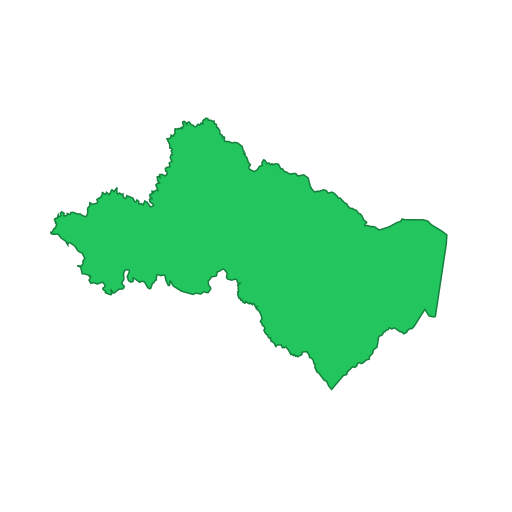 the district of Kedougou, Kédougou, Senegal, rotated 342°
{"feature_id": "50182788B85082652306110", "entity_name": "Kedougou", "entity_type": "district", "adm_level": 2, "iso_a3": "SEN", "parent_name": "Senegal", "parent_adm1": "Kédougou", "projection": "equal_earth", "projection_center": [-12.631, 12.759], "detail": "fine", "context": "isolated", "style": "filled", "palette": "green", "viewbox_px": 512, "rotation_deg": 342, "n_neighbors": 0, "source": "geoboundaries", "source_scale": "gbopen_adm2", "svg_char_len": 6115}
<svg xmlns="http://www.w3.org/2000/svg" viewBox="0 0 512 512"><g transform="rotate(342 256 256)"><path d="M252.6,110.3L250.5,109.4L249.3,110.7L248.5,110.2L246.9,111.4L246.6,113.9L245.6,113.8L244.9,112.5L242.9,114.1L241.6,112.7L239.0,114.5L237.2,113.8L236.7,112.4L234.9,111.0L233.9,107.9L231.8,107.9L230.8,109.4L230.0,106.5L229.3,105.7L227.9,105.7L227.3,106.9L227.4,109.9L226.4,110.7L224.7,110.7L225.0,111.9L221.3,110.7L220.2,111.0L218.5,110.0L217.5,111.6L216.9,114.7L215.2,115.2L214.0,116.5L212.6,114.8L211.6,116.9L210.3,117.6L207.6,116.9L208.4,123.7L207.4,126.7L209.3,128.0L209.0,129.1L207.8,129.7L208.1,133.2L207.6,133.9L206.7,133.4L204.8,135.8L205.2,140.1L202.3,140.6L201.6,144.6L198.5,144.2L196.8,144.7L196.4,147.4L197.4,148.6L196.9,150.5L195.4,151.4L194.3,151.8L192.2,149.6L189.8,148.8L189.3,149.0L188.9,151.8L187.9,150.4L186.6,150.1L185.7,153.8L187.1,157.6L186.4,156.7L184.9,156.4L182.7,157.5L183.0,163.4L181.9,162.6L179.0,163.2L177.1,162.2L176.9,163.1L177.7,164.4L174.5,164.6L173.6,165.4L173.7,167.0L175.3,169.9L173.6,168.1L172.9,169.2L172.1,169.3L171.9,171.9L174.5,175.3L173.5,176.7L170.7,176.7L169.0,171.3L167.2,169.3L164.6,172.5L163.7,171.9L163.3,170.7L160.5,170.3L161.4,167.8L160.1,165.9L158.6,167.5L157.4,166.8L156.8,162.9L151.8,158.7L150.0,161.0L148.5,160.4L148.1,158.0L148.6,155.8L147.4,156.2L145.6,153.9L143.7,154.4L143.3,153.5L143.9,150.2L144.8,149.0L144.6,148.3L140.9,150.9L139.6,148.6L138.9,148.7L135.6,152.4L133.4,149.2L132.4,150.6L131.2,150.5L129.7,148.1L129.3,148.3L129.1,149.7L126.3,152.2L122.4,152.9L122.0,153.4L122.3,155.2L121.3,156.7L116.5,156.3L114.5,154.0L113.4,156.9L110.9,158.3L109.9,160.3L109.8,161.8L108.0,164.9L106.1,166.0L103.1,163.6L102.1,161.9L98.4,160.4L96.0,158.1L93.4,157.4L92.0,159.1L89.6,157.2L88.7,159.0L85.9,158.7L85.7,158.1L86.7,156.2L84.9,153.9L83.2,154.7L83.0,157.2L82.2,157.7L80.8,157.5L80.7,155.6L78.7,158.6L77.2,158.2L75.6,158.9L76.1,159.7L75.5,160.9L76.2,162.2L75.5,163.1L76.2,164.1L75.3,165.7L73.5,167.5L72.4,167.5L69.4,170.4L68.2,170.0L68.0,171.1L69.0,172.4L74.5,174.0L76.2,178.6L79.4,182.9L80.5,187.5L81.4,185.3L83.2,185.9L86.7,190.4L88.2,196.0L89.8,198.1L91.5,199.3L92.5,205.2L89.9,207.3L89.0,210.0L86.7,211.5L82.9,210.0L85.8,212.4L85.2,219.2L87.5,220.0L92.0,223.4L92.2,224.6L91.8,224.5L92.2,225.0L89.7,227.4L90.5,231.0L93.3,231.1L96.2,233.5L102.0,233.5L103.2,236.4L103.2,238.2L100.3,239.4L100.2,240.6L102.1,243.1L101.4,244.1L101.7,244.7L105.0,247.4L106.3,248.0L107.5,247.1L107.4,242.5L108.2,245.4L109.6,247.4L115.2,245.3L119.0,246.1L120.3,245.6L121.3,244.1L120.2,241.8L120.1,239.9L123.0,237.6L124.7,231.5L127.0,228.9L130.4,229.7L131.0,230.6L130.4,232.2L127.1,235.9L127.2,240.2L128.9,242.2L131.0,242.2L131.9,240.9L132.0,239.0L133.5,239.9L137.3,245.2L139.3,244.6L141.9,246.1L143.3,252.7L144.9,254.4L146.0,254.1L149.0,250.1L150.4,249.9L152.3,248.2L154.0,247.9L154.0,247.0L155.9,243.3L156.8,243.1L158.9,245.1L162.7,245.6L163.4,246.9L162.8,251.2L163.5,256.8L164.4,257.3L165.1,256.7L166.4,253.4L167.0,253.8L168.1,259.0L174.2,266.4L184.2,273.1L187.5,272.8L191.7,275.1L195.6,273.8L197.7,275.6L199.2,276.0L202.9,273.3L203.0,272.1L201.9,268.8L202.8,265.0L204.9,264.1L207.1,262.1L211.8,262.8L212.7,262.0L214.1,259.2L217.0,259.1L220.3,258.1L221.6,258.9L223.3,263.4L221.3,267.2L221.9,269.2L225.5,271.5L229.4,271.6L230.4,272.7L230.2,275.0L231.1,276.9L232.5,277.1L231.8,277.6L230.3,277.2L229.5,277.9L229.7,279.9L228.8,281.8L228.8,283.6L228.6,284.2L227.5,284.4L227.2,286.6L226.7,286.9L226.7,290.7L228.2,291.5L227.7,292.5L228.0,293.5L229.0,293.4L229.1,295.5L230.7,297.4L231.7,297.1L231.9,295.8L232.4,296.0L234.1,298.8L235.3,299.5L236.1,298.8L237.6,301.2L238.4,300.3L239.3,301.0L239.9,305.0L241.3,304.6L240.2,306.4L242.0,309.6L242.6,314.6L242.2,317.8L240.2,319.1L239.9,320.2L240.7,321.2L240.6,324.1L241.3,324.2L242.2,326.5L241.6,328.5L240.6,328.8L240.7,330.8L241.6,333.7L242.7,334.7L242.6,337.2L243.3,338.1L244.6,338.3L244.1,339.0L244.1,341.9L244.7,342.0L246.5,344.8L246.7,347.7L247.0,348.3L247.9,347.3L250.2,347.5L252.5,348.5L252.7,351.3L253.4,351.1L254.3,352.0L256.3,351.6L257.9,355.7L258.7,360.6L260.1,360.6L260.7,362.2L262.2,361.8L262.6,363.6L263.8,363.5L264.4,364.7L269.1,364.0L270.0,362.2L270.8,361.8L274.5,362.5L276.0,366.6L275.5,369.1L277.1,370.0L278.2,372.8L277.8,376.3L278.9,377.5L277.5,380.3L278.2,385.3L279.7,387.0L282.3,395.0L284.4,396.8L285.0,402.1L286.6,406.3L302.3,396.6L305.6,396.8L307.0,394.6L313.6,391.2L315.7,392.5L317.9,391.6L319.4,389.6L321.7,389.5L322.8,390.8L323.9,391.0L328.7,389.0L332.0,389.1L332.5,387.0L337.1,384.4L338.4,381.7L342.9,380.1L347.5,371.2L349.0,370.1L350.7,370.4L352.4,369.5L353.6,367.9L355.4,367.9L356.9,366.7L358.9,367.0L360.7,365.4L362.4,367.3L365.6,367.2L369.6,372.6L371.2,373.1L372.3,375.6L373.7,375.5L375.9,375.0L376.8,373.8L380.2,372.5L381.7,373.3L384.4,372.0L400.1,358.9L402.1,366.5L406.2,368.9L407.9,368.9L440.7,303.3L444.0,295.0L443.6,294.3L440.4,289.7L432.4,280.4L430.2,275.9L426.5,273.4L408.8,267.5L406.2,265.9L405.4,267.0L403.3,268.0L401.1,267.6L391.7,269.4L382.3,269.4L380.7,268.8L378.1,265.2L375.4,263.6L374.6,263.8L371.4,261.4L369.2,261.1L368.9,259.9L371.7,258.3L369.6,254.9L369.1,250.4L368.1,248.1L367.1,247.8L365.6,243.6L363.9,242.4L362.3,240.4L360.3,239.8L358.7,236.7L358.4,234.5L356.8,233.0L354.0,227.0L352.0,226.2L351.8,224.6L349.7,220.4L347.9,218.7L344.1,218.5L342.9,215.3L340.6,213.9L335.0,214.0L334.8,213.4L331.2,213.1L329.6,209.0L329.2,206.1L329.7,197.9L326.5,193.6L320.9,192.9L319.9,192.2L319.8,190.7L318.7,189.5L313.2,188.4L311.0,185.6L308.9,184.4L308.2,181.4L306.5,180.6L305.7,175.6L302.8,174.2L300.5,174.6L299.8,173.2L298.1,173.6L297.1,171.5L295.2,171.7L294.0,167.7L293.1,166.9L290.4,169.1L290.0,171.8L287.3,171.7L283.5,174.6L280.2,175.1L276.9,171.7L276.4,171.1L276.9,168.4L278.4,168.2L278.9,167.4L277.7,164.9L277.7,159.6L276.6,157.2L277.2,155.0L275.9,155.1L277.0,152.6L276.4,151.1L276.7,147.5L273.4,142.7L270.2,141.1L268.4,141.4L265.6,138.8L261.8,137.3L261.6,136.3L262.8,133.3L261.9,132.7L260.9,133.2L261.1,130.6L259.4,128.8L260.3,125.7L259.4,122.3L258.3,121.7L259.0,118.7L257.3,117.0L257.8,114.6L255.9,114.3L254.9,112.8L252.6,112.1L252.6,110.3Z" fill="#22c55e" stroke="#15803d" stroke-width="1.5"/></g></svg>